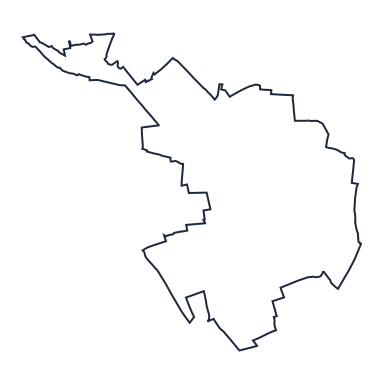 the district of Bals, Iasi, Romania
{"feature_id": "2599482B11292299887477", "entity_name": "Bals", "entity_type": "district", "adm_level": 2, "iso_a3": "ROU", "parent_name": "Romania", "parent_adm1": "Iasi", "projection": "mercator", "projection_center": [26.966, 47.282], "detail": "fine", "context": "isolated", "style": "outline", "palette": "slate", "viewbox_px": 384, "rotation_deg": 0, "n_neighbors": 0, "source": "geoboundaries", "source_scale": "gbopen_adm2", "svg_char_len": 5719}
<svg xmlns="http://www.w3.org/2000/svg" viewBox="0 0 384 384"><path d="M239.4,350.5L248.4,348.2L253.8,346.8L255.3,346.4L256.3,346.1L257.0,345.9L256.5,345.0L253.0,340.5L254.1,340.1L257.0,338.8L260.0,337.5L267.7,333.6L269.0,333.1L271.1,332.1L276.0,330.2L274.6,325.9L274.4,322.7L274.6,320.6L274.3,318.8L273.8,317.1L276.7,316.1L272.5,301.2L284.1,297.4L281.8,291.4L280.6,287.7L297.8,280.7L307.9,277.3L310.8,277.0L312.3,276.7L314.4,276.8L315.9,277.3L320.4,276.4L322.1,274.1L322.9,272.0L323.8,271.8L325.0,273.4L329.0,278.6L330.1,279.9L330.9,282.4L332.1,283.9L336.4,287.7L338.0,288.8L348.6,270.8L354.5,259.6L360.4,245.4L361.0,244.1L360.7,243.9L360.6,243.4L360.1,242.9L359.6,243.0L359.0,242.4L358.5,241.8L358.4,240.4L358.3,240.1L358.3,239.8L358.3,239.6L358.3,239.4L358.2,239.2L358.3,238.5L358.4,238.3L358.4,238.1L358.3,237.9L358.2,237.5L358.1,237.2L358.0,236.4L357.9,236.0L357.8,235.6L358.0,235.0L358.0,233.8L357.9,233.4L357.8,233.2L357.5,232.5L357.5,232.3L357.4,232.0L357.2,231.7L357.1,231.2L356.7,230.2L356.7,229.8L356.4,228.9L356.1,227.8L356.1,227.5L356.1,227.1L356.0,226.6L355.9,226.4L355.9,226.0L355.3,223.4L355.1,223.1L355.1,222.8L355.4,222.3L355.4,220.7L355.2,219.5L355.3,217.6L355.2,215.1L354.8,212.9L354.3,209.7L354.5,208.1L355.1,198.1L356.5,187.7L357.9,183.9L351.8,182.9L352.4,176.7L353.4,167.6L353.7,164.3L354.1,160.0L353.2,158.5L352.8,158.3L352.1,158.2L349.2,158.5L345.4,155.7L344.6,154.7L344.8,153.2L342.7,152.8L340.5,152.0L338.4,150.6L335.9,149.4L331.8,148.3L329.6,148.1L328.8,147.9L326.4,147.2L326.0,147.0L327.4,138.7L328.4,135.0L328.5,134.4L322.6,123.6L317.4,120.9L314.0,120.8L311.4,121.1L310.2,120.8L308.9,120.6L304.0,120.8L302.7,120.8L295.0,120.8L294.7,119.5L294.6,117.8L294.4,117.0L294.4,115.8L294.4,115.4L294.2,114.3L293.7,109.1L293.4,103.8L293.1,102.6L292.7,98.8L293.0,95.3L284.8,94.9L271.0,94.1L271.3,90.1L263.7,89.7L260.0,89.3L260.0,85.9L258.6,85.0L255.5,84.6L252.7,85.5L250.1,86.2L248.7,86.7L241.3,90.2L232.3,95.2L229.7,96.8L225.3,90.4L221.2,89.4L221.9,85.8L222.4,84.5L219.4,84.2L218.2,92.5L217.9,94.4L217.6,95.5L217.0,96.8L216.2,97.8L214.7,99.6L212.8,97.3L211.4,95.7L209.9,94.1L208.6,92.9L208.0,92.3L206.3,90.3L204.9,89.0L204.4,88.6L203.7,88.2L203.4,88.0L203.2,87.7L193.9,78.3L186.5,70.3L178.9,62.5L177.3,61.0L176.3,60.3L175.6,60.1L175.3,59.7L174.2,59.3L172.8,58.0L167.1,63.8L160.3,70.0L154.6,74.4L153.5,72.9L151.4,77.8L152.0,79.0L147.7,81.2L147.3,80.8L145.8,82.1L145.5,81.5L145.2,81.0L145.0,80.5L145.0,79.9L137.5,84.8L126.2,70.8L123.1,66.9L120.8,68.7L120.3,68.6L119.5,68.3L119.0,68.0L118.4,67.5L117.9,66.7L117.7,66.1L117.6,65.3L117.8,64.2L118.1,63.2L118.0,62.5L117.7,61.6L117.3,61.1L112.3,64.6L111.2,64.8L110.1,64.6L108.8,64.2L108.2,63.9L107.5,62.8L106.9,61.9L106.2,61.4L105.0,59.9L104.6,59.2L105.9,57.9L106.6,56.5L106.4,54.7L108.1,49.5L111.6,40.0L112.2,38.4L113.0,37.0L114.2,34.0L114.1,33.7L113.3,33.5L112.9,33.7L112.0,33.8L110.5,33.8L109.6,33.9L108.5,33.8L107.5,33.9L106.5,34.1L104.6,34.4L99.9,34.7L97.5,34.8L96.5,34.8L96.0,34.5L93.9,34.7L93.1,34.6L90.1,34.6L90.9,36.9L92.5,41.3L92.1,41.8L91.6,42.3L90.8,42.9L90.3,43.1L89.9,43.2L89.2,43.1L88.1,43.5L87.5,43.8L86.3,44.7L85.9,44.7L85.1,44.3L84.2,43.6L80.7,44.3L79.3,44.7L78.5,44.8L77.5,44.6L76.6,44.8L75.8,44.7L74.3,45.2L73.1,45.3L70.8,46.0L70.4,44.0L70.1,42.3L69.8,41.4L69.0,41.5L70.3,47.9L68.3,48.5L64.7,49.1L63.7,49.4L64.2,51.6L64.4,52.5L64.7,54.3L64.8,55.0L64.9,55.6L63.0,54.5L61.1,53.6L59.6,52.7L58.0,50.9L53.4,48.3L52.5,47.2L51.8,46.1L50.9,46.3L49.7,46.9L48.5,46.9L47.5,46.1L43.3,43.8L41.4,42.7L40.6,42.4L40.0,42.4L34.2,34.8L31.4,35.6L29.2,35.9L23.0,37.3L23.7,37.9L23.9,38.4L23.7,38.8L23.9,39.1L24.5,39.6L25.3,40.0L25.6,40.6L25.7,41.5L26.0,42.1L26.6,42.6L28.7,43.6L29.1,44.0L29.7,45.1L30.4,45.6L32.5,46.9L33.5,46.7L34.4,46.6L35.5,46.7L38.3,49.7L39.9,51.3L43.7,55.8L45.5,57.5L48.1,59.7L51.1,62.5L53.9,64.5L56.1,66.4L58.0,67.6L59.5,67.7L60.2,68.2L62.5,70.6L65.3,71.7L70.0,73.3L70.5,73.3L72.5,73.5L73.6,73.8L76.2,74.9L76.2,75.0L77.0,75.3L78.4,74.7L78.6,74.2L84.3,76.1L86.7,76.8L88.7,77.1L89.4,77.1L89.6,80.3L92.8,80.1L95.3,80.0L97.3,80.0L98.5,80.1L107.1,82.2L120.0,85.2L124.2,85.4L124.3,85.4L124.7,85.3L125.4,85.8L126.2,86.8L129.9,91.1L131.9,93.4L133.4,95.4L137.4,100.1L142.9,106.4L145.1,109.2L146.8,111.2L148.9,113.5L152.6,117.8L154.4,120.0L157.7,123.8L158.5,124.8L158.7,125.4L158.5,125.5L157.2,125.5L152.2,126.2L144.8,127.1L141.7,127.6L142.0,134.8L142.3,138.8L142.5,142.1L142.7,144.1L142.8,145.3L142.8,147.2L142.3,148.8L143.8,149.2L147.0,150.4L146.8,151.5L152.9,153.2L159.9,154.7L161.1,155.4L163.0,155.9L163.4,156.2L165.1,156.4L167.3,156.9L169.5,157.5L170.5,157.7L170.5,160.3L170.6,160.5L171.0,161.6L175.7,161.0L177.9,161.9L178.1,162.3L179.3,162.9L181.1,163.8L182.3,164.0L183.1,163.9L182.7,170.0L181.7,181.4L181.6,185.7L187.0,184.5L188.1,189.5L188.8,193.0L206.6,192.6L209.5,205.2L210.4,209.3L203.5,210.5L204.7,219.5L203.8,219.6L203.3,219.8L204.0,220.8L204.5,222.2L204.9,222.5L205.1,223.3L186.2,224.9L187.2,230.6L185.8,230.8L184.9,231.1L179.1,231.9L174.1,232.9L173.2,234.2L168.5,235.2L166.6,236.0L165.4,236.0L164.1,235.2L166.0,241.2L153.2,245.4L147.7,247.4L142.7,250.3L143.5,251.2L143.8,251.5L144.1,251.9L144.4,252.4L145.1,255.4L145.7,256.9L146.5,258.1L148.0,260.0L153.9,266.5L154.6,267.6L157.3,270.1L160.8,275.9L163.7,280.5L166.7,285.6L171.2,293.8L181.6,311.5L183.1,313.7L185.4,317.0L189.7,322.8L194.1,317.0L192.3,313.3L188.7,304.9L186.0,297.5L203.8,291.2L204.3,293.4L204.7,294.8L205.9,300.8L206.2,302.9L206.7,306.1L207.5,309.0L208.0,311.0L208.9,314.2L209.2,315.5L209.2,316.3L209.1,318.3L208.9,319.2L208.6,319.9L208.3,320.6L207.8,321.3L207.6,321.7L208.9,320.8L213.7,318.9L214.7,320.8L219.3,327.6L220.2,328.8L220.8,329.3L222.1,330.2L222.9,331.0L224.0,332.1L225.7,334.1L230.1,339.2L239.4,350.5Z" fill="none" stroke="#1e293b" stroke-width="2"/></svg>